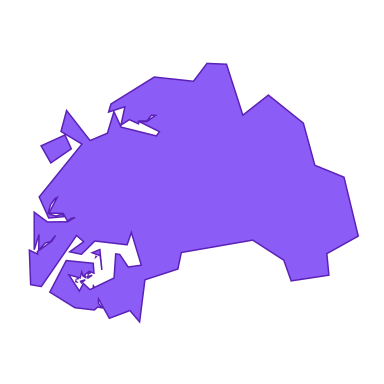 Río de Jesús, Veraguas, Panama, rotated 88°
{"feature_id": "35544464B55951329462625", "entity_name": "Río de Jesús", "entity_type": "district", "adm_level": 2, "iso_a3": "PAN", "parent_name": "Panama", "parent_adm1": "Veraguas", "projection": "orthographic", "projection_center": [-81.142, 7.96], "detail": "medium", "context": "isolated", "style": "filled", "palette": "violet", "viewbox_px": 384, "rotation_deg": 88, "n_neighbors": 0, "source": "geoboundaries", "source_scale": "gbopen_adm2", "svg_char_len": 1956}
<svg xmlns="http://www.w3.org/2000/svg" viewBox="0 0 384 384"><g transform="rotate(88 192 192)"><path d="M127.1,78.3L97.8,112.3L117.0,138.5L65.5,153.1L64.0,172.5L81.4,186.7L75.8,225.7L101.2,269.9L109.2,272.6L104.5,256.1L122.7,260.7L117.5,252.1L122.0,243.1L119.2,242.5L119.3,234.6L113.8,229.8L114.1,225.8L119.9,234.5L120.0,241.9L130.6,222.4L134.7,225.7L124.7,260.6L109.0,267.2L130.3,274.5L137.0,292.1L106.2,314.5L126.9,320.8L140.3,300.3L191.6,344.9L213.0,336.1L212.2,321.4L209.6,322.4L211.3,328.8L209.1,335.2L207.9,336.5L199.7,333.8L193.6,328.9L192.7,326.9L208.1,335.7L208.9,321.5L216.7,317.4L214.2,313.7L213.3,309.8L217.4,317.3L216.9,337.5L206.7,350.4L244.2,351.7L229.1,346.3L244.7,347.3L237.8,340.4L236.7,335.2L230.6,329.9L236.3,333.8L246.1,348.6L248.7,348.4L244.4,356.6L279.0,356.5L281.2,345.9L231.4,308.9L237.9,302.0L247.5,316.3L250.4,304.7L237.6,290.8L242.5,258.7L230.4,254.0L263.4,245.2L264.7,258.4L251.9,266.4L251.2,270.4L275.2,272.9L286.0,297.4L279.6,303.8L287.1,308.0L270.5,317.9L274.0,306.8L268.0,305.0L272.3,303.8L267.6,297.6L269.7,292.8L259.8,293.2L256.1,320.1L287.1,337.6L303.5,313.2L306.5,293.8L303.7,290.3L304.6,286.0L299.8,289.5L295.7,289.1L315.3,279.0L308.3,258.2L320.0,248.9L278.1,242.1L268.5,208.8L252.1,204.8L242.2,133.0L263.4,102.6L284.3,96.0L279.9,58.1L258.3,59.4L241.9,27.4L182.5,39.6L169.6,68.3L127.1,78.3ZM158.0,332.1L144.6,311.1L130.6,317.0L140.6,341.2L158.0,332.1ZM266.8,284.8L246.3,286.1L249.2,293.9L252.4,286.0L266.8,284.8ZM279.0,305.7L276.0,301.8L277.3,306.5L279.0,305.7ZM274.4,299.0L271.7,294.7L272.9,299.7L274.4,299.0ZM282.3,293.8L283.9,294.1L283.6,293.0L282.3,293.8ZM273.1,302.4L273.7,301.4L271.9,301.8L273.1,302.4ZM269.6,298.7L270.7,298.6L270.0,298.0L269.6,298.7ZM268.6,297.7L269.4,297.8L269.4,295.9L268.6,297.7ZM274.2,309.3L274.8,309.9L274.7,309.0L274.2,309.3ZM253.6,290.4L253.2,289.9L253.0,290.2L253.6,290.4ZM276.9,311.1L277.6,311.2L277.8,310.4L276.9,311.1Z" fill="#8b5cf6" stroke="#5b21b6" stroke-width="1.5"/></g></svg>